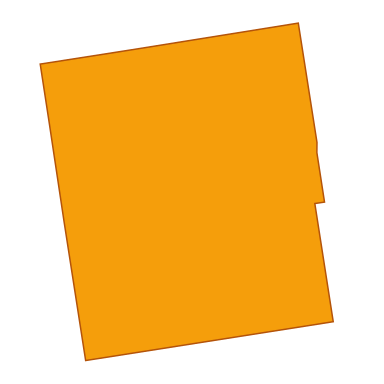 outline of Chase, Kansas, United States of America, rotated 171°
{"feature_id": "52423323B84627623723437", "entity_name": "Chase", "entity_type": "district", "adm_level": 2, "iso_a3": "USA", "parent_name": "United States of America", "parent_adm1": "Kansas", "projection": "orthographic", "projection_center": [-96.608, 38.304], "detail": "fine", "context": "isolated", "style": "filled", "palette": "amber", "viewbox_px": 384, "rotation_deg": 171, "n_neighbors": 0, "source": "geoboundaries", "source_scale": "gbopen_adm2", "svg_char_len": 306}
<svg xmlns="http://www.w3.org/2000/svg" viewBox="0 0 384 384"><g transform="rotate(171 192 192)"><path d="M323.4,42.2L72.8,41.8L72.5,161.4L62.7,161.3L62.5,211.4L60.8,221.4L60.6,342.2L232.8,341.9L321.9,342.1L322.2,282.3L323.0,182.1L323.4,42.2Z" fill="#f59e0b" stroke="#b45309" stroke-width="1.5"/></g></svg>